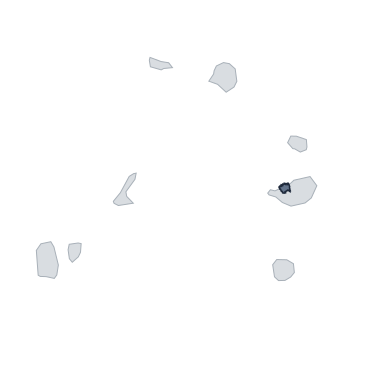 Sao Miguel Arcanjo, São Miguel, Cabo Verde (highlighted), rotated 291°
{"feature_id": "66160863B69203973191500", "entity_name": "Sao Miguel Arcanjo", "entity_type": "district", "adm_level": 2, "iso_a3": "CPV", "parent_name": "Cabo Verde", "parent_adm1": "São Miguel", "projection": "albers", "projection_center": [-23.626, 15.191], "detail": "fine", "context": "in_parent", "style": "filled", "palette": "slate", "viewbox_px": 384, "rotation_deg": 291, "n_neighbors": 0, "source": "geoboundaries", "source_scale": "gbopen_adm2", "svg_char_len": 3810}
<svg xmlns="http://www.w3.org/2000/svg" viewBox="0 0 384 384"><g transform="rotate(291 192 192)"><path d="M248.7,296.7L242.6,306.3L229.2,305.5L222.3,301.5L214.3,289.5L214.6,280.1L217.4,272.0L216.9,265.0L218.1,263.1L222.2,264.4L222.8,269.1L235.0,280.7L239.5,282.9L248.7,296.7ZM75.9,93.4L66.1,95.5L62.0,94.4L60.7,86.1L58.8,80.6L59.2,78.2L81.7,67.6L89.5,69.5L95.0,78.0L91.2,82.8L75.9,93.4ZM301.5,168.0L309.9,169.9L313.1,169.2L318.4,169.6L324.1,175.0L325.2,180.9L322.4,188.2L311.4,194.2L305.0,193.6L297.4,188.1L301.7,177.3L301.5,168.0ZM161.4,312.4L153.5,316.4L148.0,314.6L142.8,310.5L140.3,304.5L142.4,299.4L153.0,293.4L159.3,295.3L162.7,304.8L161.4,312.4ZM184.1,127.8L188.2,130.9L189.6,133.1L183.4,134.2L168.5,130.2L164.5,132.6L160.5,141.2L153.0,128.1L153.5,123.3L155.1,121.9L165.7,125.4L184.1,127.8ZM275.2,283.2L272.4,283.5L268.1,278.8L269.1,272.3L268.6,270.6L272.3,263.6L279.6,264.2L281.5,269.4L281.9,280.0L275.2,283.2ZM104.1,107.0L95.8,109.5L90.7,109.1L83.5,105.4L85.8,101.4L93.7,97.0L99.2,96.1L103.6,104.0L104.1,107.0ZM304.3,123.9L301.1,129.2L297.2,121.4L295.0,119.5L294.0,108.3L299.8,104.9L302.6,104.6L302.7,116.3L304.3,123.9Z" fill="#d9dde1" stroke="#a8b0b8" stroke-width="1"/><path d="M231.1,281.5L231.3,281.4L231.5,281.3L231.6,281.2L231.9,281.3L232.0,281.2L232.8,280.7L233.1,280.4L233.2,280.1L233.4,279.9L233.6,279.9L233.6,279.7L233.7,279.4L234.0,279.3L234.3,279.0L234.5,279.0L234.5,278.9L234.4,278.6L234.2,278.4L234.3,278.4L234.3,278.2L234.2,278.1L234.3,278.1L234.2,277.9L234.0,277.7L233.9,277.6L234.0,277.7L233.9,277.7L233.9,277.8L233.7,277.9L233.8,277.7L233.7,277.6L233.8,277.6L233.7,277.6L233.6,277.4L233.6,277.2L233.6,276.9L233.3,276.8L233.3,276.7L233.3,276.4L233.2,276.5L233.1,276.4L233.1,276.2L233.1,276.3L232.9,276.4L233.0,276.2L232.8,276.2L232.7,276.0L232.8,275.9L232.7,275.9L232.7,275.7L232.8,275.5L232.8,275.4L232.7,275.5L232.7,275.4L232.7,275.2L232.3,275.2L232.2,275.0L232.3,274.9L232.2,275.0L232.0,274.9L231.9,274.8L231.9,274.7L231.8,274.4L231.7,274.4L231.8,274.3L231.8,274.2L231.7,274.2L231.8,274.2L231.7,274.1L231.5,273.9L231.4,273.9L231.5,273.7L231.4,273.7L231.2,273.8L231.2,273.7L230.9,273.7L231.0,273.7L230.8,273.6L230.7,273.5L230.7,273.4L230.5,273.6L230.5,273.4L230.4,273.3L230.2,273.4L229.9,273.4L229.6,273.5L229.6,273.4L229.8,273.2L229.7,273.2L229.8,273.2L229.7,273.2L229.8,273.2L229.7,273.1L229.5,272.9L229.3,272.9L229.4,272.7L229.5,272.6L229.4,272.6L229.2,272.4L229.2,272.5L229.1,272.4L229.0,272.2L228.9,272.1L229.0,272.0L229.0,271.9L228.9,271.9L228.7,271.9L228.4,271.9L228.2,271.8L228.1,271.6L227.9,271.7L227.7,271.6L227.4,271.7L227.4,271.8L227.4,272.0L227.2,271.9L227.1,272.1L227.0,272.4L226.6,272.6L226.3,272.8L226.5,273.0L226.5,273.3L226.4,273.4L226.4,273.6L226.2,273.8L225.9,273.9L225.8,274.1L225.7,274.1L225.6,274.3L225.3,274.7L225.1,274.8L224.9,274.9L224.7,275.1L224.8,275.4L224.9,275.6L224.9,275.8L224.8,276.0L224.6,276.1L224.4,276.2L224.4,276.3L224.4,276.5L224.1,276.9L223.9,276.9L223.9,277.0L223.7,277.2L223.8,277.3L223.8,277.5L223.8,277.9L223.9,278.0L224.0,278.3L224.0,278.5L224.1,278.8L224.3,278.9L224.3,279.1L224.5,279.2L224.6,279.3L224.7,279.5L224.8,279.4L225.0,279.5L225.1,279.4L225.4,279.2L225.5,278.9L225.6,279.0L225.8,279.0L226.1,279.2L226.1,279.3L226.2,279.6L226.3,279.6L226.5,279.6L226.8,279.8L227.0,279.9L227.1,280.0L227.2,280.3L227.3,280.3L227.4,280.5L227.5,280.6L227.7,280.4L227.8,280.5L228.0,280.5L228.1,281.0L228.3,281.5L228.2,281.6L228.3,281.7L228.3,281.8L228.2,281.9L228.1,282.1L227.7,282.4L227.7,282.5L227.5,282.8L227.5,283.1L227.5,283.4L227.8,283.2L227.8,282.9L228.0,282.7L228.0,282.9L228.1,282.7L228.3,282.6L228.9,282.6L228.9,282.8L229.0,282.7L229.3,282.6L229.5,282.5L229.7,282.4L229.7,282.2L229.9,282.2L230.1,282.1L230.3,282.0L230.4,281.8L230.6,281.7L230.8,281.5L231.0,281.5L231.1,281.5Z" fill="#64748b" stroke="#1e293b" stroke-width="1.5"/></g></svg>